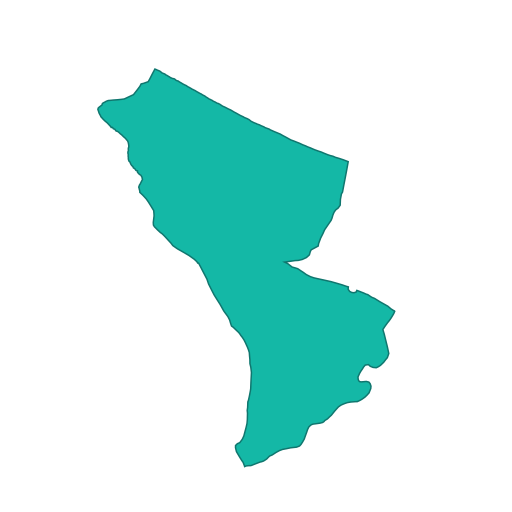 Tivaoune, Thiès, Senegal (Albers equal-area conic projection), rotated 78°
{"feature_id": "50182788B62483410284412", "entity_name": "Tivaoune", "entity_type": "district", "adm_level": 2, "iso_a3": "SEN", "parent_name": "Senegal", "parent_adm1": "Thiès", "projection": "albers", "projection_center": [-16.699, 15.086], "detail": "fine", "context": "isolated", "style": "filled", "palette": "teal", "viewbox_px": 512, "rotation_deg": 78, "n_neighbors": 0, "source": "geoboundaries", "source_scale": "gbopen_adm2", "svg_char_len": 5996}
<svg xmlns="http://www.w3.org/2000/svg" viewBox="0 0 512 512"><g transform="rotate(78 256 256)"><path d="M368.2,284.6L369.1,284.7L373.2,285.8L377.7,287.0L384.8,288.8L386.9,289.6L391.9,291.7L395.6,293.4L397.0,294.3L402.5,295.7L405.2,296.7L408.0,297.0L414.3,298.5L417.9,299.6L421.8,301.4L426.9,304.0L429.5,305.3L432.5,307.6L435.2,310.7L435.7,313.2L437.1,315.4L439.2,315.9L443.3,315.8L448.7,314.0L452.9,312.5L455.2,311.5L459.0,310.9L459.6,310.9L459.3,309.1L459.6,306.4L459.9,305.1L459.9,304.0L459.4,301.2L458.4,294.8L458.4,293.3L458.1,291.2L457.4,289.3L456.7,287.6L455.5,285.9L454.5,284.3L454.0,281.6L452.3,277.2L451.2,273.5L450.7,270.2L450.8,266.0L450.8,262.1L451.4,256.0L450.9,252.9L449.7,251.2L447.5,249.0L445.0,246.8L443.3,245.8L438.8,243.0L436.4,241.6L435.4,240.8L434.4,240.1L433.2,238.3L432.5,236.8L432.3,235.0L432.5,232.5L432.7,229.7L432.8,228.2L432.7,225.4L432.0,223.8L431.2,222.9L430.2,220.0L429.5,218.9L428.6,217.5L427.4,215.4L426.1,213.8L423.9,211.1L422.2,208.8L420.7,206.7L419.6,204.1L419.1,202.0L418.7,199.7L418.4,197.2L418.5,194.1L418.7,192.4L419.1,189.4L419.5,187.2L418.9,184.6L418.2,182.3L416.7,178.8L415.2,176.4L413.4,173.9L409.5,171.3L407.2,170.6L404.6,170.9L402.8,171.8L401.6,174.3L401.1,178.8L400.6,180.5L399.7,181.3L398.1,181.7L395.5,181.4L394.3,180.5L392.5,179.2L390.6,177.5L388.4,175.2L386.9,173.8L385.4,171.8L385.6,168.6L387.6,167.2L389.3,164.7L390.3,161.6L389.7,159.2L388.8,156.9L386.5,153.2L384.5,150.9L382.8,148.7L379.0,146.4L372.1,146.4L363.0,146.7L359.3,146.8L354.3,147.2L351.7,144.6L348.7,141.3L347.2,139.4L345.1,137.1L342.6,134.7L340.8,133.1L338.9,131.8L338.4,132.1L338.0,132.7L336.6,134.1L336.1,134.7L334.3,136.1L332.5,137.5L326.7,144.1L324.5,146.4L322.1,148.9L320.5,151.3L318.9,152.9L317.0,154.7L316.1,156.4L314.7,158.2L313.0,160.8L312.0,162.3L310.6,164.5L312.1,165.6L312.3,167.9L311.9,169.0L311.6,169.9L310.2,171.7L307.7,172.8L305.4,172.1L304.4,174.0L302.1,177.8L299.4,182.8L296.6,188.1L293.5,194.9L291.2,200.0L289.4,203.9L287.5,207.1L284.6,210.7L282.0,213.0L279.4,215.6L277.1,217.8L275.6,220.5L274.3,223.0L270.1,226.5L267.9,229.3L268.6,218.8L269.1,215.5L269.0,211.4L268.0,207.0L266.4,204.2L265.9,203.5L263.0,202.0L261.4,200.7L261.0,199.3L259.2,193.1L256.9,192.2L252.0,189.1L247.9,185.8L245.4,184.0L244.5,183.3L236.7,175.1L234.8,173.8L231.8,172.2L229.5,170.6L227.5,168.5L226.2,165.7L223.8,163.1L218.0,161.6L213.0,159.5L211.5,158.1L204.3,155.1L197.2,152.1L190.0,149.1L182.9,146.2L180.1,150.5L177.7,154.6L176.0,157.8L174.4,160.0L173.3,162.3L171.9,164.7L169.4,168.4L167.9,170.5L166.2,173.4L164.4,176.3L162.8,178.6L161.7,180.1L159.7,183.2L158.8,184.3L156.9,187.2L154.7,190.1L153.0,192.7L151.7,194.6L149.7,197.8L147.6,200.2L145.7,202.4L143.8,204.7L141.7,207.0L140.7,208.5L138.1,212.3L136.2,214.9L135.7,215.7L134.7,216.6L132.2,220.6L131.4,221.3L129.7,223.8L128.4,225.4L127.1,227.6L126.4,228.4L125.4,230.0L124.3,231.4L123.2,232.8L121.1,234.5L119.7,236.2L118.2,238.5L117.3,239.4L115.2,242.2L112.1,245.7L110.8,247.3L108.0,250.3L106.3,252.6L103.9,255.5L102.5,257.5L100.1,259.8L99.8,260.2L99.0,261.1L98.5,262.2L97.7,263.1L97.0,263.8L96.3,264.8L95.5,265.8L94.7,266.5L94.1,267.3L93.2,268.4L92.8,269.1L91.9,269.9L91.0,270.8L90.2,271.7L89.1,272.6L88.3,273.5L87.7,274.3L87.0,275.1L86.3,275.7L85.4,276.9L84.7,277.7L83.9,278.6L83.4,279.2L82.8,279.9L81.8,280.9L81.1,281.7L80.4,282.7L80.2,282.9L79.8,283.3L79.4,284.0L78.6,284.7L77.9,285.5L77.1,286.4L76.5,287.2L75.7,288.0L74.8,288.8L74.2,289.6L73.6,290.5L73.0,291.1L72.5,291.8L72.0,292.3L71.3,293.0L70.6,293.8L70.0,294.5L69.4,295.1L68.6,295.8L68.3,296.5L67.9,297.1L67.5,297.7L66.8,298.2L66.2,298.6L65.6,299.3L65.3,300.0L65.0,300.8L64.3,301.7L64.0,302.2L63.5,302.8L62.7,303.5L62.3,304.1L61.5,304.8L61.0,305.4L60.6,305.8L60.2,306.5L59.5,306.9L58.8,307.7L58.5,308.2L58.1,308.8L57.8,309.2L57.6,309.6L57.2,310.0L56.4,310.6L55.6,311.2L54.9,312.0L54.4,312.7L53.8,313.7L53.3,314.3L52.9,314.8L52.5,315.5L52.1,316.0L55.9,319.2L60.6,323.0L63.1,325.2L63.6,329.1L63.7,329.4L63.8,332.6L65.9,334.3L69.3,338.2L72.7,342.3L75.0,352.2L74.8,355.0L74.3,359.6L73.8,363.1L73.5,365.9L73.2,368.2L73.5,370.3L73.8,371.2L74.2,372.5L74.5,373.7L75.0,374.6L76.3,375.3L77.8,378.5L78.5,379.6L79.8,380.2L82.1,379.9L83.5,379.8L85.3,379.3L86.2,379.0L87.7,378.7L88.8,378.0L90.4,377.1L92.5,375.7L94.9,373.8L99.4,371.1L99.7,371.1L100.2,370.9L100.4,369.7L100.9,369.4L101.7,369.2L102.0,368.9L102.6,367.8L103.7,367.3L104.6,366.9L105.3,365.6L106.2,364.7L107.2,364.0L108.4,363.2L109.4,362.3L110.8,361.4L112.0,360.6L113.0,359.8L114.2,359.0L115.1,358.6L116.1,358.0L117.0,357.6L118.2,357.4L120.0,357.4L121.5,357.5L123.0,357.8L123.8,358.4L124.9,358.7L126.4,358.9L127.5,359.6L128.7,359.9L130.3,359.9L131.8,360.3L133.1,360.4L134.5,360.7L135.4,360.7L136.9,360.5L138.0,359.7L139.1,359.6L140.3,359.3L141.6,358.8L142.3,358.3L143.0,357.8L144.3,357.6L145.0,356.8L145.8,356.2L147.0,355.8L147.6,355.3L148.1,354.2L149.3,354.5L149.9,354.2L150.6,353.9L151.1,353.6L152.1,352.9L152.5,352.4L153.1,351.8L154.1,351.5L155.3,351.1L156.1,351.2L157.4,351.1L158.0,351.5L158.5,351.9L159.1,352.5L160.1,353.2L160.9,353.9L161.6,354.4L162.4,355.3L163.2,355.7L163.7,356.1L164.6,356.4L165.3,356.3L166.1,356.2L166.8,356.3L167.3,356.2L168.6,356.2L169.6,356.4L172.9,354.1L177.3,351.5L180.6,350.1L184.4,348.7L188.1,347.4L190.3,346.6L191.7,346.8L193.4,347.0L195.7,347.4L199.2,348.6L201.8,349.5L204.4,349.9L206.2,349.3L208.2,348.0L209.8,347.0L213.1,344.7L214.6,343.3L215.3,342.8L216.8,341.8L218.9,340.5L222.7,338.3L225.9,336.4L228.5,335.2L231.1,332.8L232.8,331.2L234.9,328.8L236.6,326.9L241.5,321.5L246.3,317.1L249.3,315.0L250.8,314.5L250.9,313.8L251.2,313.6L255.7,312.3L261.2,310.8L268.4,308.8L273.5,308.2L280.0,306.5L285.5,305.0L291.5,302.8L295.8,301.2L302.9,299.0L304.1,298.5L309.4,296.1L313.1,295.1L317.0,294.8L319.4,294.5L320.7,293.3L323.9,291.1L326.8,289.1L328.2,288.3L328.9,288.0L330.7,287.3L332.7,286.3L335.5,285.2L338.5,284.4L340.8,283.9L343.5,283.3L346.0,282.9L349.0,282.6L352.5,283.1L356.0,283.5L360.1,284.3L363.7,284.2L365.9,284.4L368.2,284.6Z" fill="#14b8a6" stroke="#0f766e" stroke-width="1.5"/></g></svg>